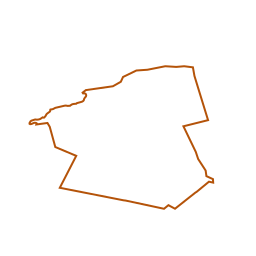 Monroe, Pennsylvania, United States of America, rotated 195°
{"feature_id": "52423323B86940080829483", "entity_name": "Monroe", "entity_type": "district", "adm_level": 2, "iso_a3": "USA", "parent_name": "United States of America", "parent_adm1": "Pennsylvania", "projection": "robinson", "projection_center": [-75.179, 41.033], "detail": "fine", "context": "isolated", "style": "outline", "palette": "amber", "viewbox_px": 256, "rotation_deg": 195, "n_neighbors": 0, "source": "geoboundaries", "source_scale": "gbopen_adm2", "svg_char_len": 1237}
<svg xmlns="http://www.w3.org/2000/svg" viewBox="0 0 256 256"><g transform="rotate(195 128 128)"><path d="M224.3,107.0L224.2,106.6L223.6,106.4L222.9,106.6L222.0,107.1L220.3,108.5L219.3,109.0L218.3,109.1L217.6,109.0L217.3,108.8L217.4,107.7L207.1,112.0L203.9,108.9L193.3,90.8L170.8,87.7L175.9,64.1L178.4,52.6L128.3,56.0L113.6,57.0L111.5,57.3L72.3,59.3L69.0,63.9L61.7,62.2L46.0,83.3L45.4,83.8L35.9,97.1L31.6,97.3L32.7,100.6L39.8,101.8L42.0,107.0L52.2,116.2L56.3,122.4L74.9,144.0L52.7,156.3L68.6,181.6L77.3,195.5L81.0,203.4L89.7,202.2L97.2,199.5L108.0,197.3L124.3,189.3L134.8,185.7L146.0,176.0L146.9,170.8L153.4,164.4L178.5,153.7L181.0,150.4L180.4,149.8L178.6,150.2L177.9,150.1L177.2,149.5L176.8,148.6L176.8,147.5L177.4,146.4L177.7,145.5L177.9,144.7L177.9,143.4L178.2,142.6L179.1,141.6L180.2,140.9L183.8,138.8L184.2,138.1L186.6,137.2L188.0,136.5L189.5,134.9L189.7,134.5L192.1,133.7L193.8,133.6L195.1,133.1L202.6,129.1L203.5,128.6L205.3,126.9L206.4,126.3L207.7,125.8L207.8,125.5L207.6,124.2L207.8,123.5L209.6,121.3L210.2,120.4L210.5,119.4L210.7,118.4L211.5,116.7L211.9,116.2L213.2,116.2L215.1,114.0L216.5,113.1L218.0,112.5L219.9,112.2L223.2,110.1L223.9,109.2L224.4,107.3L224.3,107.0Z" fill="none" stroke="#b45309" stroke-width="2"/></g></svg>